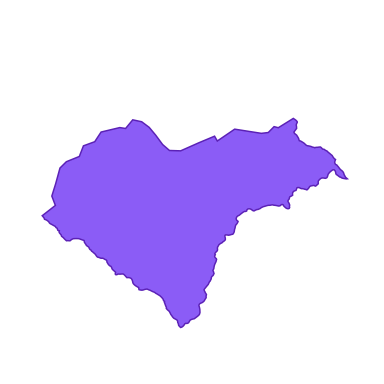 the district of Meghri, Syunik, Armenia, rotated 323°
{"feature_id": "60910142B6096064570676", "entity_name": "Meghri", "entity_type": "district", "adm_level": 2, "iso_a3": "ARM", "parent_name": "Armenia", "parent_adm1": "Syunik", "projection": "mercator", "projection_center": [46.294, 38.98], "detail": "fine", "context": "isolated", "style": "filled", "palette": "violet", "viewbox_px": 384, "rotation_deg": 323, "n_neighbors": 0, "source": "geoboundaries", "source_scale": "gbopen_adm2", "svg_char_len": 6045}
<svg xmlns="http://www.w3.org/2000/svg" viewBox="0 0 384 384"><g transform="rotate(323 192 192)"><path d="M317.2,194.2L299.6,192.6L296.9,189.2L288.7,190.4L282.7,186.9L263.9,167.5L242.9,166.5L243.6,161.0L226.7,156.7L207.7,152.3L199.0,145.3L197.1,136.4L197.2,124.8L196.7,114.6L194.1,105.6L188.1,98.7L177.2,101.3L173.1,97.1L155.5,89.4L144.6,93.3L133.1,89.8L123.4,95.8L109.9,92.2L101.0,93.4L87.9,103.5L77.6,110.9L74.8,120.5L58.1,120.8L58.2,122.1L58.2,122.9L58.2,124.0L57.8,125.0L58.8,126.6L59.2,127.6L59.5,128.7L59.7,129.9L59.5,130.5L59.6,131.6L60.0,132.6L60.3,133.1L60.8,134.3L61.2,135.2L62.1,137.2L62.0,138.6L62.5,139.8L61.8,141.7L62.1,142.6L62.7,143.1L61.7,144.1L61.5,145.1L61.7,147.4L61.2,148.8L61.8,151.1L61.9,152.7L62.4,155.4L63.7,156.2L64.6,157.1L65.4,157.6L66.3,157.5L67.6,157.5L69.2,157.9L71.5,159.5L73.6,161.2L75.8,164.6L76.6,165.7L76.6,166.1L75.9,167.1L75.7,168.9L75.7,170.1L75.5,171.1L75.8,172.2L76.2,173.3L76.4,174.2L76.0,175.2L75.9,176.4L76.4,177.8L76.2,178.8L76.6,179.8L76.8,181.2L77.2,182.6L77.3,184.0L77.2,185.2L77.2,186.3L77.4,187.2L78.1,188.0L79.4,190.1L80.9,191.2L81.3,191.9L81.8,193.2L82.6,194.8L82.6,195.6L81.9,196.8L81.6,199.6L81.8,201.0L82.0,201.7L82.5,202.5L82.4,203.8L81.9,205.3L82.0,206.7L82.7,210.1L81.8,210.8L81.3,211.4L81.4,212.2L81.9,212.6L82.6,212.9L83.2,212.9L83.8,213.2L84.6,213.9L85.4,214.5L86.2,215.0L87.0,215.5L87.8,216.3L88.0,217.0L88.2,218.2L88.3,219.9L88.5,221.3L89.4,221.8L90.5,222.8L91.3,224.2L91.4,225.0L91.3,226.0L90.8,227.6L90.1,229.0L90.0,230.4L90.2,231.7L90.5,232.9L91.5,235.4L91.9,236.1L90.9,238.1L91.3,238.6L91.7,239.1L92.6,240.0L93.5,240.6L94.4,241.0L95.7,241.4L96.9,242.0L97.7,242.5L98.2,243.3L98.6,244.1L99.1,244.8L99.6,245.6L99.9,246.4L100.2,246.9L100.6,247.8L101.2,248.7L101.8,249.8L102.1,251.1L102.5,251.9L103.9,255.4L104.1,256.3L104.4,258.5L104.4,260.5L104.0,261.3L103.9,261.9L104.3,262.8L103.8,263.3L103.4,263.7L103.3,264.6L103.0,265.3L102.4,267.3L102.2,268.5L101.9,269.0L101.4,269.5L101.5,271.2L101.7,272.1L102.0,273.6L101.8,275.1L101.4,277.0L101.4,278.7L101.3,280.2L101.5,281.9L102.9,284.9L102.9,286.2L102.1,287.6L101.8,289.0L101.1,290.4L101.1,291.9L101.4,293.4L102.7,293.8L104.1,293.8L105.3,293.6L106.5,293.1L107.0,293.0L107.9,293.1L108.8,293.9L109.9,294.3L110.7,294.3L111.7,293.9L112.7,293.5L113.5,293.2L114.5,293.4L115.6,293.7L116.5,294.1L117.6,294.6L121.5,294.6L123.1,294.5L124.3,294.2L125.8,293.1L127.6,290.5L128.5,288.7L129.2,286.8L130.1,286.1L131.1,285.9L132.0,286.0L133.2,286.4L134.8,286.5L135.8,286.4L136.5,286.2L138.0,285.5L139.3,285.1L140.0,284.6L140.4,283.8L141.0,283.2L141.7,282.8L141.8,282.4L142.0,281.5L142.0,280.4L142.3,279.5L142.4,278.5L142.7,277.4L143.5,277.0L147.9,275.9L149.3,275.6L150.6,274.9L151.7,274.3L152.8,274.1L155.1,272.9L156.0,271.9L157.1,271.4L158.1,271.4L159.0,271.2L160.6,270.3L160.8,269.5L161.3,268.3L161.4,267.4L162.1,266.9L163.2,266.4L163.9,265.7L165.3,264.4L166.4,263.6L168.2,262.6L169.2,262.1L170.3,261.2L171.1,260.6L171.3,259.9L171.2,259.4L171.0,258.1L171.3,257.1L171.8,256.6L172.9,256.1L172.9,255.3L173.4,254.8L175.5,254.3L176.7,254.2L177.6,253.6L178.1,252.7L178.7,251.9L179.6,251.2L180.6,250.9L181.8,250.3L182.9,250.3L184.1,250.3L184.7,250.5L185.4,250.6L187.0,250.4L187.9,250.5L189.0,250.4L189.9,250.2L190.3,249.6L190.8,249.0L191.2,248.0L191.5,247.3L192.0,246.7L192.7,246.4L193.5,246.8L194.5,247.8L195.3,248.6L197.1,249.4L198.0,249.7L199.0,250.2L199.8,250.2L200.6,249.8L201.6,249.3L202.5,248.5L203.1,247.8L203.8,247.3L204.9,246.5L205.7,245.7L206.2,245.3L207.2,244.7L208.7,244.4L209.5,244.1L210.7,243.5L211.0,243.4L211.1,242.9L211.0,242.6L210.7,241.8L210.7,241.4L210.9,240.7L211.1,240.0L211.6,239.5L212.7,238.9L213.3,238.7L214.3,238.7L215.1,238.9L215.9,239.0L218.0,238.9L220.9,238.9L222.1,239.1L222.6,239.3L223.1,239.8L223.9,240.0L224.4,240.0L224.9,239.4L225.7,239.2L226.3,239.2L227.1,239.5L228.1,240.3L228.7,241.2L229.1,242.5L229.5,243.7L229.8,244.1L230.6,244.6L231.5,244.6L232.5,244.9L233.2,245.0L234.1,245.6L235.6,246.0L236.3,246.2L238.1,246.2L240.0,246.6L241.0,247.0L244.2,248.2L245.5,248.9L246.2,249.5L247.3,250.0L248.7,250.8L249.4,251.8L250.5,252.8L251.8,254.2L252.4,255.0L253.3,255.7L254.1,256.0L255.3,255.9L256.1,256.0L256.6,256.3L257.1,257.1L256.9,258.0L256.9,258.9L257.4,261.4L258.0,262.5L258.8,263.3L259.8,263.6L260.7,263.1L260.9,262.5L261.5,261.8L262.2,261.2L262.3,260.6L262.7,259.5L262.8,258.8L262.9,257.7L263.2,256.9L264.1,256.4L265.6,256.0L266.2,255.3L267.3,254.7L268.0,254.8L268.7,255.0L269.6,255.1L270.5,255.1L270.8,254.5L271.3,253.9L271.8,253.2L272.5,252.9L274.0,252.7L275.0,252.9L275.8,253.3L276.3,253.2L277.7,252.2L278.4,251.8L279.0,252.0L279.5,252.4L280.2,252.9L280.7,254.0L281.3,255.1L282.1,255.7L283.0,256.6L283.6,257.5L284.6,258.7L284.9,259.3L285.7,259.6L286.4,259.3L287.3,259.2L289.2,258.5L290.4,258.6L291.3,259.1L292.5,259.6L293.4,260.2L294.0,261.5L294.8,261.7L295.6,261.7L296.4,261.5L297.2,261.5L297.8,261.4L298.4,260.5L299.2,259.5L299.8,259.1L300.9,258.9L302.4,258.7L303.7,258.8L304.2,259.1L305.0,259.5L306.7,261.3L307.4,261.6L308.5,261.7L309.8,261.0L311.3,259.8L312.6,259.4L314.0,259.1L315.6,259.0L317.6,259.0L318.8,259.7L319.0,260.5L318.9,261.9L318.5,262.8L317.9,264.0L317.8,264.9L318.2,265.9L319.0,268.9L319.6,269.6L320.2,271.2L321.5,272.7L323.1,274.4L324.0,274.9L323.5,272.7L324.0,269.4L324.5,268.3L324.7,267.1L324.7,266.3L324.5,264.9L324.2,264.1L324.0,262.6L324.0,261.4L324.0,259.9L323.9,258.7L323.9,257.5L323.3,256.5L323.3,255.4L323.9,254.0L325.1,253.1L326.2,252.4L325.8,251.4L325.7,250.6L325.7,248.8L325.9,247.2L325.5,245.6L325.2,244.1L324.7,242.3L324.5,240.6L323.7,239.1L323.2,237.4L322.1,236.3L322.0,234.8L321.7,233.4L321.2,233.0L320.0,232.3L319.2,231.9L318.4,231.3L317.6,230.8L316.7,230.6L316.3,229.8L315.4,228.9L314.4,227.2L313.0,225.5L311.8,224.3L311.2,222.7L311.0,220.9L310.3,218.8L309.8,217.6L309.4,216.6L308.6,215.7L308.9,214.5L309.4,213.3L309.6,211.7L309.8,209.5L309.5,208.3L309.2,207.3L309.2,206.2L309.5,205.5L311.3,204.9L313.8,204.2L314.8,202.7L315.5,201.3L316.4,200.5L317.9,199.8L318.3,199.2L318.3,198.0L318.1,196.9L317.6,195.4L317.2,194.2Z" fill="#8b5cf6" stroke="#5b21b6" stroke-width="1.5"/></g></svg>